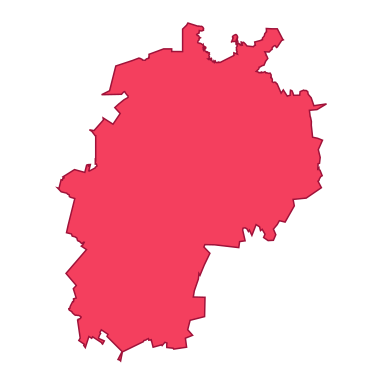 El Fuerte, Sinaloa, Mexico
{"feature_id": "50627088B83457177137003", "entity_name": "El Fuerte", "entity_type": "district", "adm_level": 2, "iso_a3": "MEX", "parent_name": "Mexico", "parent_adm1": "Sinaloa", "projection": "robinson", "projection_center": [-108.711, 26.237], "detail": "fine", "context": "isolated", "style": "filled", "palette": "rose", "viewbox_px": 384, "rotation_deg": 0, "n_neighbors": 0, "source": "geoboundaries", "source_scale": "gbopen_adm2", "svg_char_len": 5722}
<svg xmlns="http://www.w3.org/2000/svg" viewBox="0 0 384 384"><path d="M153.1,347.2L161.5,344.9L162.1,345.6L164.9,342.3L167.0,343.1L166.7,344.6L166.8,347.5L173.1,348.2L173.7,349.1L186.6,347.2L185.4,338.2L192.6,335.3L187.7,329.7L190.1,320.3L204.6,316.6L205.0,297.3L193.3,297.0L194.3,290.9L198.4,279.0L198.9,273.5L200.0,275.3L204.3,264.9L209.9,253.3L203.9,247.0L204.9,244.6L214.6,244.8L238.8,247.6L239.6,241.6L245.1,240.8L242.7,230.1L243.0,228.2L245.0,227.8L246.8,228.7L248.4,231.5L249.4,230.1L251.9,235.4L256.1,224.6L259.6,226.9L260.5,230.6L262.2,229.3L265.0,234.2L263.6,237.5L268.1,240.6L273.4,240.3L275.8,234.7L273.4,229.1L277.2,224.6L279.4,220.7L285.1,222.1L294.3,205.9L293.1,199.4L306.2,198.1L321.4,187.7L318.0,181.2L318.5,181.0L319.0,180.3L319.3,179.1L320.8,176.5L322.2,175.7L320.0,170.2L319.2,169.9L319.0,169.2L318.9,167.7L317.8,168.8L318.1,163.7L319.5,163.3L320.2,157.4L318.3,149.6L322.5,140.2L317.7,138.3L312.6,137.2L311.3,125.2L311.4,121.6L310.5,117.1L310.2,116.8L309.4,110.3L317.0,109.6L326.5,103.9L313.9,105.7L311.2,97.8L308.2,94.3L307.7,91.6L306.2,90.5L304.3,90.5L303.7,90.1L300.1,91.6L299.7,95.2L293.7,95.3L292.8,92.6L291.9,90.7L290.5,90.2L290.3,91.5L290.1,95.3L289.4,95.4L288.9,95.7L288.1,95.7L287.3,96.2L283.3,89.9L281.1,93.1L277.1,83.8L276.4,83.6L275.8,82.4L275.5,82.3L274.7,82.1L273.6,82.5L272.2,81.7L272.4,79.7L271.9,78.2L270.8,77.7L270.8,77.3L271.2,77.1L271.1,74.8L270.1,73.1L268.7,73.4L266.6,72.7L266.0,73.0L265.0,71.7L262.9,72.6L262.4,72.5L261.7,72.0L261.0,72.9L260.2,72.3L259.1,72.8L257.8,71.8L256.2,71.4L258.8,68.9L259.2,67.2L259.5,67.3L262.1,65.7L264.0,65.2L265.7,61.2L267.8,58.5L266.9,56.2L266.2,55.6L266.4,55.3L265.9,54.3L266.0,54.1L264.8,51.8L269.2,52.0L271.2,49.9L272.1,49.4L272.1,48.0L272.3,47.4L274.4,45.7L275.2,45.6L276.0,46.6L276.1,47.0L276.7,47.5L277.4,46.9L281.6,40.5L283.3,39.8L282.7,39.2L277.3,28.8L271.9,28.8L266.3,28.5L266.5,31.6L266.2,31.6L266.0,32.3L264.8,33.6L264.2,36.1L262.5,38.0L262.4,38.6L262.5,39.7L261.3,39.9L261.1,40.3L254.7,42.0L255.3,45.2L254.7,45.1L253.5,46.7L247.0,46.0L245.3,43.9L243.6,42.3L242.6,42.9L241.9,42.2L241.2,42.0L241.3,43.4L242.0,43.8L242.3,45.1L241.5,44.9L241.3,45.1L241.2,44.8L240.4,44.5L240.1,44.9L239.4,43.9L238.8,43.9L238.5,43.2L237.8,43.8L236.8,42.2L237.2,41.7L237.8,41.4L237.5,40.5L236.9,41.0L237.0,41.5L236.5,42.1L235.5,41.2L236.0,41.0L236.6,40.4L236.4,39.9L237.0,39.6L236.7,39.1L237.0,38.8L237.1,38.2L237.4,38.4L237.5,38.1L237.4,37.5L237.7,37.1L237.1,35.7L236.7,35.1L235.9,34.5L234.3,35.1L232.8,36.2L232.5,36.7L232.5,37.1L233.2,37.9L232.8,38.3L232.9,38.8L232.4,39.6L232.3,40.3L231.6,41.4L231.5,41.9L231.7,42.0L232.0,41.4L232.5,41.2L233.6,41.6L234.8,41.4L235.7,41.9L236.1,42.3L236.3,43.0L236.0,43.3L236.0,44.2L236.4,44.7L237.0,44.5L237.4,46.0L236.3,47.5L236.7,49.6L236.3,50.0L237.1,51.6L236.8,52.0L236.8,52.7L237.4,54.1L233.9,52.8L233.9,55.5L220.0,62.5L218.7,62.0L218.3,62.1L218.4,62.5L216.2,62.6L215.5,61.9L215.3,61.1L215.1,61.3L214.5,61.2L214.0,60.7L213.9,61.1L214.6,62.0L214.5,62.5L214.3,62.7L213.4,61.3L212.8,61.7L212.5,61.7L212.2,61.0L211.3,59.8L210.5,60.0L210.4,59.8L210.5,59.6L211.1,59.5L211.6,59.1L211.3,58.2L211.1,58.2L211.0,58.6L210.0,58.6L209.1,59.0L208.8,59.5L207.9,58.9L208.7,58.7L209.3,57.1L209.4,56.5L208.9,55.7L208.9,55.1L209.5,54.2L209.0,53.6L209.3,52.8L207.7,52.3L207.3,52.7L206.5,52.2L206.9,51.7L205.7,51.4L204.7,50.6L204.6,49.9L203.8,50.6L203.3,49.7L205.3,48.9L205.7,48.3L205.8,47.3L204.6,46.5L204.4,47.2L204.7,48.4L203.8,48.7L203.1,48.2L203.0,47.6L203.5,46.7L203.2,44.7L203.0,45.0L201.2,43.7L199.9,43.2L199.7,43.4L198.0,42.8L197.7,42.2L198.1,40.8L199.1,39.9L199.1,38.5L200.4,37.8L199.1,36.9L198.7,35.9L198.2,35.5L197.4,35.6L196.7,34.4L197.7,33.7L199.1,33.0L198.9,32.3L199.2,32.0L199.3,30.5L200.7,30.9L201.9,30.9L203.4,30.3L203.6,30.0L203.2,29.4L203.6,28.4L202.8,27.2L202.1,26.6L201.4,26.3L200.4,26.4L198.7,26.0L198.3,26.3L187.9,23.0L186.6,25.2L182.6,29.1L182.6,51.6L171.7,51.5L171.7,48.9L163.6,48.9L149.0,54.3L149.1,57.0L148.8,56.9L148.6,57.3L148.9,58.0L148.4,58.4L146.4,58.9L145.2,60.3L142.5,60.1L142.4,59.7L142.0,59.3L139.7,58.2L139.2,58.4L138.8,58.1L132.5,60.5L115.8,66.0L109.6,90.7L101.6,94.7L121.5,94.3L123.6,92.0L124.7,91.6L125.2,92.6L127.0,95.0L128.0,95.8L128.0,97.5L124.1,99.7L119.1,103.7L114.8,107.6L120.2,113.5L113.0,124.2L103.1,117.9L103.4,120.0L94.0,130.6L89.4,129.8L91.8,131.3L95.4,136.0L95.7,135.9L95.7,160.1L95.3,159.7L95.3,164.1L96.4,164.0L97.0,166.0L95.3,167.3L95.2,167.9L89.4,171.0L88.8,170.8L90.4,164.5L90.1,164.5L89.6,165.2L88.5,166.0L88.6,164.6L87.2,164.8L86.6,165.2L84.8,172.4L74.5,169.6L63.0,176.8L64.0,177.4L63.8,178.2L63.0,178.0L62.4,180.1L61.1,179.7L59.0,188.3L57.5,187.9L61.2,191.8L66.8,193.2L67.5,194.1L69.1,194.7L69.4,196.6L70.8,197.4L74.8,198.5L68.1,225.4L66.5,232.7L71.3,233.9L71.5,234.1L72.2,236.1L75.5,237.0L75.9,237.5L76.6,237.7L77.2,238.9L77.2,239.8L78.1,241.0L79.5,241.4L81.6,243.5L82.0,243.5L83.7,242.2L84.2,242.3L82.7,245.1L81.3,246.1L86.5,249.6L66.0,273.4L76.3,285.5L73.3,288.7L76.2,298.0L73.5,298.8L73.5,299.1L73.9,299.1L73.5,301.7L73.0,301.9L72.6,301.7L70.2,306.4L69.9,308.2L68.8,308.6L68.8,309.1L69.3,310.1L71.7,311.6L72.0,311.9L72.2,312.6L74.7,314.9L75.8,315.3L76.3,315.1L77.2,315.4L78.6,315.4L80.3,316.2L80.4,316.7L81.1,316.9L81.1,317.4L80.2,318.6L78.2,319.3L78.4,319.8L77.6,320.1L80.2,338.1L78.8,340.5L84.3,344.3L83.7,345.4L85.3,347.6L88.9,336.5L91.7,338.3L92.6,336.8L101.5,342.6L102.0,343.6L102.6,344.1L104.3,340.9L98.8,338.5L98.5,337.9L99.7,334.8L100.6,333.5L100.0,332.7L100.0,332.1L100.7,331.1L101.3,329.8L108.0,334.3L107.0,336.4L122.1,351.5L118.0,359.5L118.9,359.8L119.2,359.6L120.6,361.0L122.4,351.9L143.3,341.7L143.9,340.5L146.0,340.0L146.4,339.5L148.4,338.6L148.8,340.2L151.1,339.7L151.1,340.1L151.3,340.0L153.1,347.2Z" fill="#f43f5e" stroke="#9f1239" stroke-width="1.5"/></svg>